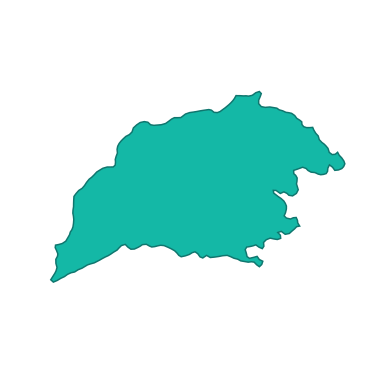 outline of Natalândia, Minas Gerais, Brazil, rotated 259°
{"feature_id": "56859067B59404569750037", "entity_name": "Natalândia", "entity_type": "district", "adm_level": 2, "iso_a3": "BRA", "parent_name": "Brazil", "parent_adm1": "Minas Gerais", "projection": "robinson", "projection_center": [-46.487, -16.539], "detail": "fine", "context": "isolated", "style": "filled", "palette": "teal", "viewbox_px": 384, "rotation_deg": 259, "n_neighbors": 0, "source": "geoboundaries", "source_scale": "gbopen_adm2", "svg_char_len": 3547}
<svg xmlns="http://www.w3.org/2000/svg" viewBox="0 0 384 384"><g transform="rotate(259 192 192)"><path d="M165.9,47.9L163.5,47.1L160.3,47.9L156.9,48.5L154.6,47.7L151.9,45.5L147.9,44.8L143.7,45.1L140.5,43.5L138.3,41.8L136.1,39.7L132.8,36.6L130.0,38.7L130.9,42.9L132.3,46.7L133.3,50.7L134.9,54.1L135.8,57.8L135.9,61.6L137.4,65.3L138.2,69.5L139.4,72.8L140.4,75.5L140.8,78.7L141.1,82.6L142.0,85.7L142.8,88.4L143.8,91.3L144.8,94.6L145.5,97.6L146.5,100.3L147.9,103.5L149.3,107.4L150.9,109.5L152.9,112.5L153.3,116.5L150.2,118.5L147.5,121.1L147.0,124.6L147.9,128.3L148.7,130.8L149.8,133.3L149.4,137.2L147.1,139.9L145.7,142.0L145.5,145.1L145.7,148.3L145.7,151.1L144.7,154.4L142.2,158.1L140.1,160.9L137.7,163.7L135.1,165.5L132.3,167.0L130.5,169.0L130.6,173.2L131.2,177.5L132.4,180.6L132.7,183.6L130.3,185.9L126.8,187.5L125.2,190.0L127.0,194.2L124.2,197.5L123.8,201.9L123.6,206.0L123.6,210.0L123.1,214.5L121.0,217.8L119.0,220.5L117.3,224.1L115.1,226.7L113.7,230.4L112.4,233.8L112.2,237.0L111.3,239.6L108.2,241.6L105.8,243.9L107.5,246.6L110.5,248.3L112.9,245.2L116.4,243.6L116.1,240.6L115.9,235.8L118.1,233.7L120.4,233.7L122.9,233.5L125.3,233.2L127.5,235.2L127.4,238.8L127.5,241.5L127.9,244.6L125.0,247.3L123.0,250.2L125.0,252.2L128.8,252.6L131.0,255.8L131.8,259.9L130.3,263.4L129.1,266.7L129.6,270.2L132.7,270.5L135.9,268.5L136.3,272.1L132.7,275.4L132.7,279.6L134.7,282.9L136.2,285.6L138.0,288.1L138.0,291.2L141.4,289.9L144.1,290.1L147.1,289.4L147.4,286.5L146.7,283.5L148.4,279.7L151.0,277.9L153.8,279.8L157.3,281.4L160.2,282.0L163.1,281.4L165.7,280.4L168.7,278.1L171.2,275.6L173.1,274.0L175.3,272.0L178.1,272.1L177.5,274.8L175.7,276.5L173.7,278.4L174.6,282.2L172.5,285.0L170.3,286.5L169.0,290.0L170.7,294.2L173.9,296.7L177.3,296.4L180.0,296.1L182.6,297.1L185.7,297.9L188.5,297.0L190.6,295.4L193.8,295.9L194.4,300.3L195.2,305.3L193.3,308.5L191.0,310.0L188.8,312.6L187.6,316.4L185.5,319.3L184.4,321.7L184.2,324.5L184.5,327.2L186.4,329.0L189.5,329.9L192.4,332.1L189.5,334.7L186.0,336.3L185.7,340.0L186.4,343.5L188.0,345.7L190.5,347.4L193.4,347.0L196.9,345.5L200.0,343.5L203.2,342.5L201.7,339.8L202.0,336.7L204.7,334.3L208.9,333.8L212.0,332.1L214.0,330.7L215.8,329.0L219.1,326.9L222.9,326.6L226.0,324.7L229.5,323.4L232.4,322.8L232.7,320.1L233.3,316.8L234.8,314.1L237.3,312.8L240.0,313.1L242.1,311.3L244.3,308.9L247.5,307.4L250.2,304.8L251.4,302.1L252.3,299.4L254.4,296.5L256.0,293.3L258.1,291.3L259.2,288.4L260.6,284.6L261.1,280.0L262.6,276.3L266.0,274.3L269.5,275.0L272.5,277.1L275.4,278.8L277.8,277.3L277.3,273.6L275.4,269.6L275.3,265.9L276.1,263.4L276.5,260.8L277.3,257.8L278.2,253.6L275.7,251.5L273.9,249.6L272.2,247.3L270.6,244.8L268.4,240.8L266.9,237.6L265.6,234.9L265.1,232.1L266.0,228.8L268.6,226.7L269.7,224.3L270.0,218.5L270.1,215.4L270.1,212.2L270.2,208.6L270.4,204.9L269.8,200.5L268.4,197.7L267.2,195.3L267.7,191.9L268.3,188.8L267.5,185.9L266.0,182.9L264.3,179.2L263.9,174.6L264.3,171.0L264.7,167.3L265.9,164.2L268.9,162.0L270.2,158.6L270.1,154.4L268.5,150.6L266.1,146.7L262.4,144.6L260.3,141.5L259.2,137.7L257.3,134.6L255.5,132.0L253.5,129.7L251.1,127.8L248.2,126.6L244.4,126.2L241.4,124.3L238.6,122.9L235.9,122.6L233.0,121.7L231.6,119.4L232.1,116.8L232.7,113.4L232.3,109.0L231.1,105.7L229.8,102.3L227.5,99.2L225.6,96.3L224.2,93.5L221.6,90.4L218.8,87.7L216.6,84.9L215.1,81.1L212.6,77.9L210.2,75.3L206.4,74.3L203.4,73.6L200.1,72.9L196.8,71.7L193.9,71.0L191.0,71.0L187.6,70.7L183.9,69.7L180.5,68.5L177.9,66.9L175.9,64.9L173.5,63.7L170.8,61.4L167.8,58.7L166.2,54.8L165.9,51.1L165.9,47.9Z" fill="#14b8a6" stroke="#0f766e" stroke-width="1.5"/></g></svg>